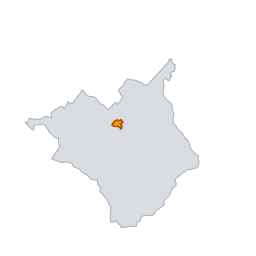 location of Demba, Kasaï-Occidental, Democratic Republic of the Congo, rotated 133°
{"feature_id": "63176286B65160793690884", "entity_name": "Demba", "entity_type": "district", "adm_level": 2, "iso_a3": "COD", "parent_name": "Democratic Republic of the Congo", "parent_adm1": "Kasaï-Occidental", "projection": "albers", "projection_center": [22.217, -5.237], "detail": "fine", "context": "in_parent", "style": "filled", "palette": "amber", "viewbox_px": 256, "rotation_deg": 133, "n_neighbors": 0, "source": "geoboundaries", "source_scale": "gbopen_adm2", "svg_char_len": 5909}
<svg xmlns="http://www.w3.org/2000/svg" viewBox="0 0 256 256"><g transform="rotate(133 128 128)"><path d="M202.8,162.9L187.3,165.2L187.6,166.0L187.4,167.0L187.0,167.7L185.4,169.6L183.1,171.3L183.1,171.8L184.2,173.7L184.9,176.5L184.7,181.2L185.0,182.5L184.9,183.5L184.1,184.6L182.5,190.3L183.5,193.1L186.6,195.7L188.3,197.6L191.3,198.3L191.8,198.2L192.0,196.6L194.4,196.1L194.3,206.2L194.1,206.8L193.7,206.9L193.1,206.6L192.9,205.6L192.3,205.2L189.4,206.4L188.6,206.4L187.8,206.1L187.2,205.6L187.1,204.8L185.0,201.9L184.0,201.6L182.9,199.0L178.3,197.0L176.6,196.8L175.6,196.2L174.7,194.1L173.2,192.7L172.9,191.2L172.6,191.0L171.6,191.3L170.8,193.7L169.8,194.2L167.9,194.3L163.1,193.6L159.8,192.3L158.9,192.4L157.5,191.3L157.0,189.5L157.3,188.0L157.0,187.8L151.9,189.0L150.6,189.7L149.5,189.5L149.1,189.1L149.6,188.2L149.4,187.1L149.0,186.6L147.5,186.2L147.0,185.1L146.0,184.9L145.7,185.1L145.5,185.9L144.9,186.1L141.9,185.8L138.6,186.7L134.4,186.5L132.3,187.7L132.0,187.6L131.6,187.0L131.2,185.1L131.4,184.6L132.0,184.2L132.2,183.4L132.0,181.4L132.2,180.9L132.0,179.8L131.3,177.9L130.4,176.4L128.5,174.2L128.1,173.1L128.3,170.6L128.9,166.6L128.8,163.6L128.0,161.7L127.8,159.6L128.3,155.9L127.8,155.0L118.0,154.7L117.6,154.4L117.4,153.9L117.9,151.7L111.9,152.3L110.1,152.7L109.0,153.6L108.6,154.8L108.6,156.4L107.7,157.9L107.4,160.5L105.8,160.8L104.1,160.9L100.9,160.3L97.8,161.1L96.3,161.8L95.5,161.5L92.7,161.8L92.4,161.6L89.1,156.4L87.7,154.7L87.4,153.9L87.5,153.1L87.1,152.0L85.6,149.3L85.3,148.1L85.4,146.2L85.2,145.5L83.9,143.8L83.0,143.3L82.0,143.0L65.9,143.4L60.6,143.2L56.7,143.5L54.7,143.3L54.2,143.1L52.4,143.5L51.5,144.2L50.1,144.6L49.3,144.4L47.6,142.6L49.8,142.2L50.0,142.0L50.1,137.4L49.5,136.7L50.7,135.9L52.6,133.9L54.5,133.1L54.8,132.7L55.2,132.7L55.9,133.5L57.5,134.6L59.6,133.6L59.8,133.3L60.0,131.4L60.5,131.2L61.4,131.6L61.9,131.6L62.8,131.0L65.4,130.0L66.2,131.2L65.5,132.4L65.8,133.2L65.9,134.5L66.3,134.7L68.4,134.9L69.0,134.6L73.0,130.0L74.1,129.4L75.8,127.6L78.1,126.8L79.1,125.3L80.4,122.8L80.9,119.1L80.7,112.8L80.8,111.9L83.6,109.1L86.4,103.9L88.3,102.5L89.7,101.9L92.0,100.0L93.7,98.1L93.5,95.8L93.9,94.0L94.8,91.5L95.1,89.0L94.8,86.3L94.9,84.1L96.2,80.6L96.3,76.6L97.4,73.3L99.8,69.0L100.9,65.8L100.7,62.7L101.0,60.4L100.8,59.0L100.4,57.9L100.6,57.1L101.5,56.8L102.6,55.6L104.6,52.6L106.8,51.1L108.3,50.6L109.9,50.6L110.9,50.9L112.6,52.1L114.5,53.1L115.9,54.2L117.3,56.1L120.7,56.5L122.2,57.2L123.1,57.4L123.4,57.2L124.1,57.3L125.7,57.9L127.0,57.6L133.2,58.8L134.0,58.2L135.7,55.0L137.0,53.9L139.2,53.8L140.8,54.4L141.7,54.4L149.4,51.7L150.4,51.6L153.2,52.2L155.1,51.8L155.8,51.9L157.4,51.5L158.7,49.6L159.7,49.1L170.8,51.2L172.5,50.2L173.3,50.1L175.8,50.9L176.5,52.1L178.0,53.1L179.0,54.8L180.6,55.7L181.5,56.6L182.4,57.3L184.4,57.5L187.0,56.0L188.8,56.2L190.6,57.0L191.2,57.0L192.6,56.1L193.3,55.2L194.0,55.0L195.1,55.4L196.0,56.3L196.7,57.6L199.5,60.5L202.1,61.8L202.8,63.5L203.7,63.4L204.2,63.5L204.9,64.7L205.4,64.9L205.5,65.4L204.8,66.4L204.1,68.4L204.9,69.7L204.2,71.4L203.8,73.3L204.7,73.8L205.8,73.8L206.8,74.7L207.6,74.9L208.4,75.9L208.2,76.8L205.6,79.8L201.6,83.5L200.2,83.9L199.5,84.6L199.0,85.6L197.9,86.5L197.0,86.9L196.9,89.6L195.5,92.4L195.0,92.9L194.2,97.5L194.4,98.3L193.6,102.0L193.7,105.4L191.8,106.5L190.4,108.2L189.8,109.3L189.8,112.2L187.7,113.9L187.5,114.3L188.0,116.2L188.8,116.6L188.8,117.2L190.5,119.4L190.4,126.0L190.4,126.6L191.3,128.2L191.9,131.2L191.2,135.0L193.5,141.9L192.4,144.5L192.9,146.9L194.3,149.5L197.6,152.0L198.4,153.1L199.3,154.5L200.0,156.7L202.8,162.9Z" fill="#d9dde1" stroke="#a8b0b8" stroke-width="1"/><path d="M133.2,132.3L132.9,132.4L132.9,132.5L132.7,132.5L132.7,132.4L132.4,132.4L132.2,132.4L132.0,132.5L131.9,132.6L131.8,132.8L131.8,133.0L131.7,133.0L131.4,133.1L131.5,133.3L131.6,133.5L131.4,133.7L131.3,133.8L131.2,133.9L131.2,134.0L130.9,134.1L130.7,134.1L130.5,134.3L130.4,134.4L130.3,134.5L130.5,134.7L130.6,134.8L130.5,135.0L130.7,135.3L130.6,135.5L130.6,135.8L130.5,136.1L130.4,136.2L130.4,136.3L130.3,136.5L130.1,136.6L129.9,136.4L129.9,136.2L129.7,136.0L129.4,136.2L129.2,136.2L128.9,136.1L128.7,136.0L128.6,135.9L128.7,135.7L128.4,135.6L128.2,135.7L128.2,135.8L128.1,136.0L127.9,136.2L127.7,136.1L127.4,136.0L127.2,136.0L127.2,135.9L127.0,136.1L127.1,136.3L127.1,136.5L126.9,136.8L126.8,137.1L126.8,137.3L126.6,137.4L126.6,137.6L126.6,137.8L126.6,138.0L126.8,138.2L126.8,138.3L126.9,138.5L126.8,138.8L127.0,138.8L127.1,139.0L127.3,139.1L127.6,139.2L127.6,139.3L127.8,139.4L128.0,139.4L128.2,139.2L128.4,139.0L128.5,139.2L128.6,139.3L128.6,139.5L128.8,139.6L129.0,139.8L129.1,140.0L129.2,140.3L129.3,140.3L129.4,140.5L129.5,140.6L129.5,140.8L129.4,141.0L129.3,141.3L129.3,141.6L129.2,141.8L129.3,141.7L129.6,141.7L129.8,141.8L130.0,141.7L130.3,141.5L130.5,141.5L130.6,141.4L130.7,141.6L130.8,141.7L130.8,141.8L130.9,142.0L131.1,142.0L131.4,142.3L131.5,142.5L131.5,142.4L131.5,142.5L131.8,142.6L132.1,142.5L132.3,142.5L132.5,142.5L132.6,142.4L132.8,142.3L133.0,142.3L133.2,142.2L133.3,142.0L133.5,142.2L133.8,142.2L133.8,142.4L134.0,142.5L134.2,142.4L134.3,142.4L134.5,142.4L134.8,142.1L134.8,141.9L135.0,141.8L135.3,142.2L135.5,142.1L135.8,142.1L135.9,141.9L136.0,141.9L136.3,141.9L136.4,142.0L136.6,142.0L136.6,141.9L136.5,141.7L136.5,141.4L136.5,141.1L136.6,140.9L136.8,140.6L136.7,140.4L136.6,140.2L136.5,139.9L136.4,139.7L136.1,139.5L136.0,139.4L136.0,139.2L135.9,139.1L135.9,138.9L135.8,138.7L135.7,138.7L135.5,138.4L135.4,138.3L135.4,138.2L135.2,138.1L135.0,137.9L134.8,137.8L134.8,137.7L134.7,137.6L134.6,137.4L134.4,137.2L134.2,136.9L133.9,136.7L133.7,136.5L133.5,136.4L133.4,136.3L133.5,135.8L133.6,135.6L133.6,135.4L133.7,135.2L133.5,134.9L133.3,134.8L133.2,134.7L132.9,134.6L132.7,134.6L132.7,134.4L132.6,134.2L132.9,133.8L133.0,133.7L133.3,133.4L133.5,133.3L133.5,133.2L133.4,133.1L133.5,132.9L133.6,132.6L133.6,132.4L133.4,132.3L133.2,132.3Z" fill="#f59e0b" stroke="#b45309" stroke-width="1.5"/></g></svg>